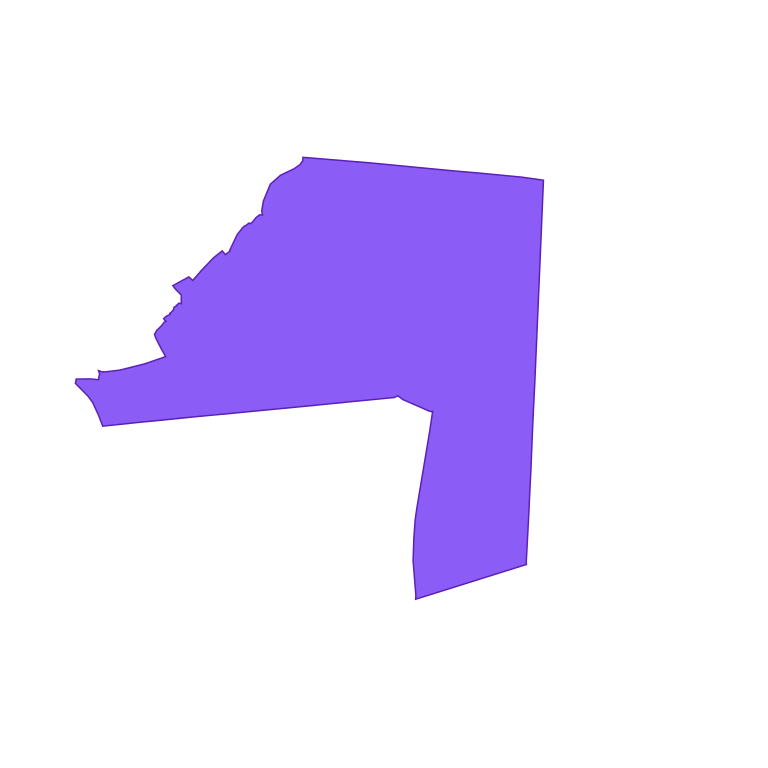 the district of Quan 3, Hồ Chí Minh city, Vietnam, rotated 323°
{"feature_id": "81297802B4427483692725", "entity_name": "Quan 3", "entity_type": "district", "adm_level": 2, "iso_a3": "VNM", "parent_name": "Vietnam", "parent_adm1": "Hồ Chí Minh city", "projection": "robinson", "projection_center": [106.677, 10.779], "detail": "fine", "context": "isolated", "style": "filled", "palette": "violet", "viewbox_px": 768, "rotation_deg": 323, "n_neighbors": 0, "source": "geoboundaries", "source_scale": "gbopen_adm2", "svg_char_len": 1575}
<svg xmlns="http://www.w3.org/2000/svg" viewBox="0 0 768 768"><g transform="rotate(323 384 384)"><path d="M164.1,201.5L162.8,205.0L161.8,205.7L158.5,208.7L153.0,203.6L141.2,194.8L137.9,197.8L138.1,199.1L140.3,215.6L140.2,223.3L137.2,237.2L136.9,238.2L134.0,248.4L161.6,265.0L210.8,294.9L218.8,299.8L245.9,316.5L319.7,361.7L342.8,375.7L384.1,401.0L388.0,401.8L389.7,407.8L403.7,432.7L405.0,434.4L406.4,435.1L392.3,449.0L349.3,489.8L334.6,503.8L327.1,511.3L314.3,526.0L300.9,542.6L282.3,571.9L279.7,574.9L343.8,597.7L389.1,613.8L391.1,611.0L394.6,606.9L423.4,572.6L427.8,567.2L431.2,563.1L449.4,541.3L471.0,514.9L487.7,494.7L504.9,474.1L587.5,373.8L634.0,317.2L618.3,301.5L585.4,271.4L569.1,256.8L542.5,232.5L507.5,200.4L455.7,154.2L453.5,156.8L449.0,158.2L441.8,158.0L426.9,155.0L413.5,156.0L397.9,165.2L393.2,169.6L390.4,172.3L388.7,175.8L386.3,174.0L381.7,174.1L378.2,175.2L374.0,175.7L373.0,174.2L369.0,174.3L367.9,173.9L365.2,174.1L356.8,176.3L350.0,179.8L341.4,184.3L341.4,184.8L340.1,185.2L335.2,185.2L334.9,180.3L324.0,180.6L307.3,183.3L307.1,183.3L293.6,186.2L292.6,181.0L274.6,178.4L274.5,182.0L275.0,186.5L275.6,190.8L275.4,191.4L272.6,194.8L271.3,197.1L270.4,197.9L270.0,196.8L268.6,196.1L267.9,196.0L266.3,196.5L265.6,196.1L264.6,196.8L262.5,196.3L260.8,197.9L257.2,198.7L255.4,198.6L255.0,199.5L253.2,199.4L250.8,198.8L247.4,199.2L247.2,200.8L247.7,202.7L245.4,202.4L241.2,203.6L234.9,204.4L230.5,206.3L229.2,211.0L227.1,222.9L226.1,230.7L204.8,223.8L181.4,213.9L168.2,206.3L165.7,204.0L164.1,201.5Z" fill="#8b5cf6" stroke="#5b21b6" stroke-width="1.5"/></g></svg>